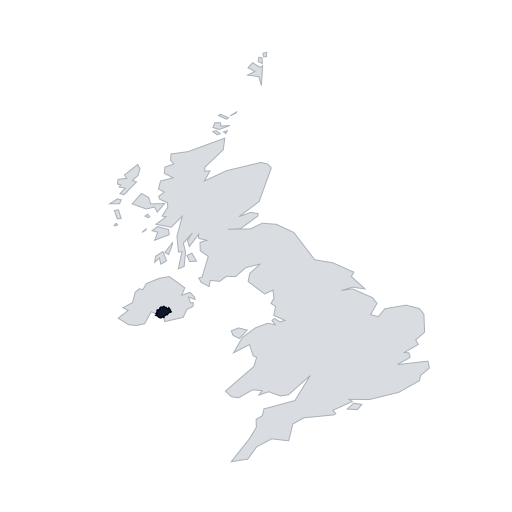 United Kingdom, with Armagh highlighted, rotated 346°
{"feature_id": "GBR-2085", "entity_name": "Armagh", "entity_type": "District", "adm_level": 1, "iso_a3": "GBR", "parent_name": "United Kingdom", "parent_adm1": "", "projection": "equal_earth", "projection_center": [-6.648, 54.319], "detail": "fine", "context": "in_parent", "style": "filled", "palette": "ink", "viewbox_px": 512, "rotation_deg": 346, "n_neighbors": 0, "source": "natural_earth", "source_scale": "10m", "svg_char_len": 4664}
<svg xmlns="http://www.w3.org/2000/svg" viewBox="0 0 512 512"><g transform="rotate(346 256 256)"><path d="M279.7,385.1L253.9,398.5L245.6,397.6L235.5,390.8L225.1,391.6L229.4,388.2L220.4,385.0L204.7,389.4L197.9,386.4L193.7,379.7L227.2,362.7L232.1,354.5L229.1,352.0L228.2,340.4L210.8,344.5L223.1,331.7L238.1,325.6L251.2,324.1L258.1,327.4L255.9,322.4L258.9,321.2L263.4,325.7L268.5,325.5L258.9,317.9L262.8,309.7L259.1,305.6L263.3,301.2L264.1,293.2L255.3,295.0L242.2,278.9L245.8,271.3L258.3,264.7L243.1,264.9L231.2,271.0L222.4,268.6L214.7,271.8L205.7,268.6L203.1,274.3L196.4,268.2L195.2,263.5L198.6,263.4L209.6,244.7L203.2,237.5L205.0,229.2L212.1,228.9L204.4,224.9L205.6,221.0L193.6,230.7L193.3,224.3L199.8,218.3L188.6,226.0L188.6,235.0L183.7,248.8L177.5,249.7L185.2,233.8L181.7,233.4L184.1,217.7L194.0,199.6L180.6,207.6L166.6,201.0L178.3,196.2L174.5,194.5L182.2,187.4L183.0,182.8L176.3,177.7L176.0,174.6L182.4,171.8L177.6,167.5L181.5,160.1L194.5,160.1L187.1,153.6L189.1,147.7L198.6,146.9L196.2,142.7L198.2,136.4L214.9,138.3L254.2,134.1L250.0,144.9L228.0,157.4L226.7,161.1L231.9,162.3L224.1,170.7L248.2,166.1L283.3,166.4L289.4,169.5L292.1,174.3L272.2,203.9L249.0,213.7L261.3,212.4L268.2,215.3L267.6,217.6L247.7,225.7L235.2,223.3L257.0,228.4L270.1,225.7L283.4,230.2L298.3,242.2L312.0,273.8L328.9,281.2L347.0,295.4L343.5,299.0L353.8,314.3L342.1,309.6L330.5,310.1L341.5,311.2L359.0,324.6L361.9,331.2L353.0,340.7L360.2,344.4L368.3,338.4L389.8,340.0L401.8,346.5L404.8,353.1L401.2,370.6L390.6,376.2L392.1,381.0L376.5,385.5L381.0,387.0L381.0,391.6L367.0,395.6L397.4,399.6L397.2,406.6L386.7,411.8L384.4,416.5L361.6,422.8L331.2,422.7L311.7,417.6L314.3,420.5L293.1,424.3L295.3,428.1L293.1,429.0L263.4,424.6L251.1,427.9L243.0,443.2L227.0,437.2L210.7,441.2L198.8,451.1L182.2,449.6L205.5,431.7L214.9,422.3L216.6,414.5L223.5,412.5L226.7,406.3L258.8,405.7L279.7,385.1ZM170.4,297.9L151.6,297.6L151.7,293.7L141.0,284.7L131.5,294.8L123.1,294.5L115.7,291.8L107.2,283.0L118.8,277.8L114.2,274.0L124.9,271.4L130.1,261.9L134.8,259.6L138.3,261.2L142.8,256.3L156.7,254.2L166.9,255.0L179.2,269.6L174.4,276.1L183.2,275.3L186.6,281.3L186.2,283.4L180.6,279.5L181.1,285.7L184.0,286.1L182.6,289.7L176.1,291.0L170.4,297.9ZM164.5,143.4L160.9,149.4L154.3,152.8L158.0,155.2L142.7,164.7L139.1,162.5L145.6,158.6L139.9,155.9L142.0,154.2L139.0,152.7L140.7,148.3L149.4,149.4L148.0,145.5L163.4,138.6L164.5,143.4ZM166.1,173.3L166.4,180.0L180.0,183.0L170.8,189.5L169.4,183.9L161.0,183.9L148.4,175.5L160.0,167.6L166.1,173.3ZM299.5,67.6L305.6,73.9L308.5,73.0L302.4,91.9L302.2,82.7L291.6,78.4L299.6,76.7L293.8,71.4L299.5,67.6ZM177.0,214.3L161.4,216.2L166.5,209.1L161.2,206.3L167.5,203.6L177.5,209.1L177.0,214.3ZM221.5,321.5L229.5,325.7L219.9,332.1L214.5,327.4L213.9,322.7L221.5,321.5ZM166.8,229.2L168.1,239.0L161.7,240.9L161.8,234.6L156.2,237.6L158.5,231.9L166.8,229.2ZM253.8,118.2L253.3,121.4L262.2,123.1L250.7,124.3L245.3,120.9L248.2,116.7L253.8,118.2ZM197.0,246.6L190.3,245.4L189.1,238.7L194.5,237.8L197.0,246.6ZM322.8,425.6L317.2,429.6L307.5,426.6L315.1,422.4L322.8,425.6ZM171.5,233.4L168.5,230.5L178.6,222.4L176.5,226.5L171.5,233.4ZM135.6,167.0L138.8,169.0L136.2,172.3L126.7,169.9L135.6,167.0ZM134.2,187.0L130.4,186.4L129.6,177.6L133.7,177.9L134.2,187.0ZM308.6,70.7L305.1,67.8L306.9,63.9L309.8,65.1L308.6,70.7ZM262.8,115.2L260.4,116.1L253.6,110.6L255.7,109.8L262.8,115.2ZM250.9,128.6L247.6,129.0L244.2,124.7L247.7,124.8L250.9,128.6ZM315.7,60.9L314.4,65.1L311.7,64.7L311.7,61.0L315.7,60.9ZM271.3,112.4L264.7,113.8L271.9,111.5L271.3,112.4ZM162.3,192.3L160.4,192.6L157.9,190.4L161.1,189.2L162.3,192.3ZM258.5,127.5L256.3,129.9L254.5,127.6L258.5,127.5ZM155.1,204.3L151.0,205.5L156.4,202.9L155.1,204.3ZM129.3,192.3L126.8,192.7L125.7,192.0L128.2,190.4L129.3,192.3Z" fill="#d9dde1" stroke="#a8b0b8" stroke-width="1"/><path d="M149.1,293.0L148.8,293.0L148.1,292.7L147.5,292.3L146.9,291.8L146.4,291.2L146.2,290.8L146.1,290.4L146.0,290.1L145.7,289.9L144.7,289.5L145.2,289.3L145.4,288.9L145.4,288.4L145.0,287.7L145.8,287.5L146.2,287.1L146.1,286.5L147.0,285.7L146.8,284.9L147.2,284.5L149.6,284.8L149.8,284.7L149.9,284.1L150.2,283.8L150.1,283.6L150.1,283.3L150.8,283.1L151.3,282.6L152.7,283.2L153.3,282.8L154.0,282.8L154.4,282.6L155.7,284.3L156.5,284.4L156.5,285.2L157.1,285.8L158.0,285.8L158.8,285.2L158.9,285.7L159.3,286.2L159.4,286.7L159.7,287.2L159.7,288.9L160.2,289.5L159.8,289.9L159.0,289.6L158.5,289.8L157.7,289.8L157.1,290.3L156.5,290.4L156.2,291.1L155.9,291.1L155.7,291.4L154.9,291.1L154.1,291.4L153.7,291.7L152.9,291.7L151.9,292.4L151.7,292.8L151.8,293.2L151.6,293.3L151.2,293.0L150.6,292.6L150.2,292.4L149.9,292.4L149.6,292.6L149.3,292.8L149.1,293.0Z" fill="#0f172a" stroke="#020617" stroke-width="1.5"/></g></svg>